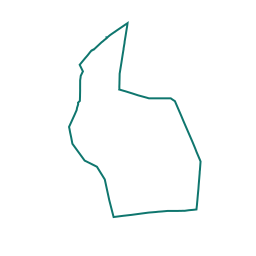 Lierne nor, Nord-Trøndelag, Norway (Mercator projection), rotated 341°
{"feature_id": "86288312B74220528840082", "entity_name": "Lierne nor", "entity_type": "district", "adm_level": 2, "iso_a3": "NOR", "parent_name": "Norway", "parent_adm1": "Nord-Trøndelag", "projection": "mercator", "projection_center": [13.62, 64.418], "detail": "fine", "context": "isolated", "style": "outline", "palette": "teal", "viewbox_px": 256, "rotation_deg": 341, "n_neighbors": 0, "source": "geoboundaries", "source_scale": "gbopen_adm2", "svg_char_len": 1844}
<svg xmlns="http://www.w3.org/2000/svg" viewBox="0 0 256 256"><g transform="rotate(341 128 128)"><path d="M85.4,207.5L94.6,209.4L103.1,211.3L110.6,212.8L120.0,214.7L126.6,216.4L129.3,217.0L133.1,218.0L138.8,219.4L148.3,222.7L149.0,222.9L154.9,224.8L159.0,225.6L163.0,226.6L166.2,227.3L168.0,223.5L170.3,218.4L171.8,215.0L174.7,208.6L176.5,204.4L179.1,198.5L180.9,194.4L181.7,192.4L182.3,191.2L185.7,183.3L185.6,181.3L185.5,179.9L185.0,172.9L184.9,169.7L184.8,167.8L184.4,161.5L183.8,154.0L182.7,139.9L182.3,133.6L181.6,124.5L181.1,117.9L179.4,115.7L178.1,113.9L174.9,112.8L163.3,108.8L157.5,106.8L155.4,105.3L148.2,100.4L142.9,96.4L142.6,96.2L137.3,92.3L136.4,91.7L132.3,88.8L132.4,88.7L132.5,88.5L132.8,87.5L133.3,86.0L134.3,83.4L134.8,82.0L135.2,80.9L135.4,80.4L137.5,74.7L137.7,74.1L137.8,73.9L143.3,63.6L147.2,56.2L149.1,52.7L149.5,52.0L149.6,51.6L150.9,49.2L152.5,46.3L152.5,46.2L153.0,45.1L155.6,40.3L159.1,33.7L159.6,32.8L160.2,31.7L161.7,28.7L149.2,32.1L143.1,33.8L141.4,34.3L140.0,34.8L139.0,35.2L138.0,35.6L137.9,35.7L137.7,35.5L137.5,35.4L137.5,35.5L137.4,35.5L137.2,35.7L137.2,35.8L136.9,35.9L136.8,36.0L136.7,36.0L136.5,36.3L136.3,36.4L135.5,36.7L134.8,36.9L133.8,37.3L133.5,37.4L133.3,37.5L132.8,37.7L131.7,38.1L131.0,38.3L121.6,42.5L121.6,42.4L121.4,42.4L121.2,42.5L120.9,42.5L119.7,42.7L118.9,42.8L118.7,42.9L118.7,43.0L118.4,43.0L117.7,43.5L116.9,43.9L115.4,44.9L113.2,46.3L110.6,47.8L110.4,47.9L105.5,50.9L102.9,52.5L103.2,55.0L103.8,59.8L101.5,62.1L100.3,63.3L100.0,63.9L99.7,64.6L98.3,67.3L95.5,75.3L95.0,76.8L93.2,81.7L93.0,82.3L91.3,86.7L89.0,87.8L88.6,89.4L88.0,90.2L86.4,92.3L85.3,94.3L81.9,98.0L72.6,107.8L72.3,110.5L72.2,110.7L72.2,111.0L72.1,111.5L72.1,111.8L72.0,112.2L71.8,113.5L71.3,117.8L70.3,124.8L76.4,144.7L86.0,154.5L89.3,169.1L86.8,190.0L85.4,207.5Z" fill="none" stroke="#0f766e" stroke-width="2"/></g></svg>